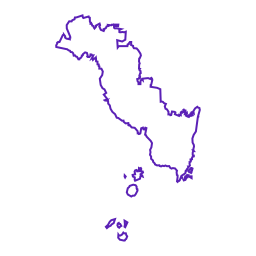 the district of Lampung Selatan, Lampung, Indonesia
{"feature_id": "22746128B4401734887211", "entity_name": "Lampung Selatan", "entity_type": "district", "adm_level": 2, "iso_a3": "IDN", "parent_name": "Indonesia", "parent_adm1": "Lampung", "projection": "robinson", "projection_center": [105.521, -5.67], "detail": "fine", "context": "isolated", "style": "outline", "palette": "violet", "viewbox_px": 256, "rotation_deg": 0, "n_neighbors": 0, "source": "geoboundaries", "source_scale": "gbopen_adm2", "svg_char_len": 5875}
<svg xmlns="http://www.w3.org/2000/svg" viewBox="0 0 256 256"><path d="M103.8,94.6L107.2,98.9L108.1,101.0L108.2,103.6L109.8,105.4L110.5,108.7L112.4,111.9L115.1,114.2L116.7,117.7L118.3,118.0L122.0,120.7L123.5,120.6L123.7,121.8L125.6,123.4L128.3,123.1L128.4,125.2L129.1,125.5L129.7,125.0L131.6,127.4L134.7,127.8L137.6,131.2L137.7,133.3L138.4,133.2L138.8,134.0L139.7,133.9L140.4,133.2L141.2,128.3L142.9,127.6L143.4,129.3L144.1,129.5L145.3,127.7L146.4,128.1L145.1,134.7L146.0,135.2L146.5,136.5L150.8,141.0L152.0,143.1L151.4,147.3L150.1,149.9L150.5,152.2L150.0,154.8L151.1,156.5L151.1,158.8L153.0,160.5L153.1,161.8L154.8,163.5L155.0,164.4L157.0,165.4L159.4,165.3L159.7,166.0L161.1,166.4L162.5,165.7L164.1,166.1L165.4,165.5L166.9,166.2L169.2,166.1L170.2,167.8L171.5,168.6L172.8,168.1L175.0,168.4L177.0,170.7L176.6,172.1L176.9,175.0L177.6,175.4L177.6,177.2L177.0,181.4L177.6,181.9L178.3,180.8L179.1,180.9L179.7,180.3L181.4,175.9L185.0,173.5L185.5,172.6L185.6,171.2L186.3,170.9L186.1,170.4L187.2,169.7L187.0,169.1L188.5,167.2L188.2,166.5L189.1,166.5L189.9,165.5L189.5,163.5L189.8,162.4L190.6,162.5L189.9,162.0L190.7,161.6L191.0,160.3L190.5,160.0L190.5,159.4L192.0,159.2L191.9,158.1L192.6,156.7L193.8,156.4L193.8,155.7L193.2,155.8L192.7,154.9L192.7,152.6L193.2,151.1L193.8,151.1L193.2,150.4L193.6,150.4L193.3,149.3L194.0,146.5L193.8,144.9L192.6,142.6L192.4,138.5L193.7,134.8L195.9,131.5L197.8,117.3L198.3,116.8L198.0,116.4L199.8,109.9L199.4,108.0L197.9,107.5L197.3,106.8L195.1,108.4L193.4,111.1L193.7,113.1L192.5,112.1L191.9,112.2L192.7,115.3L192.2,115.4L191.0,114.2L191.1,115.8L189.9,115.9L188.9,117.0L188.3,116.7L189.1,115.8L189.0,115.1L187.4,116.5L186.0,115.7L187.0,113.6L186.9,112.9L185.6,114.2L184.9,114.2L185.5,112.7L185.5,110.5L184.9,110.4L184.8,112.0L184.4,112.1L184.2,110.2L183.8,109.6L183.3,109.9L183.4,111.1L182.3,112.7L181.7,112.5L182.2,111.2L180.8,112.4L180.8,115.2L180.1,114.9L179.4,115.7L178.9,115.0L178.5,115.7L174.9,114.2L175.4,112.4L174.7,111.9L172.0,111.5L171.2,115.0L170.3,115.2L169.7,114.4L168.4,114.4L168.5,111.8L167.0,109.4L165.5,108.7L164.8,106.3L165.9,103.9L164.1,103.2L162.9,101.9L161.6,101.5L160.7,101.7L160.3,89.2L157.0,87.8L150.6,86.8L150.7,85.1L151.1,85.1L152.3,80.0L151.2,79.3L151.9,78.6L151.4,77.9L149.8,78.8L148.1,78.1L142.5,78.7L142.7,80.1L141.8,79.2L140.5,81.1L140.4,84.1L138.5,84.1L138.5,82.4L137.6,81.2L137.2,79.1L139.8,78.4L140.0,77.0L139.4,76.9L139.8,75.9L139.4,75.5L140.3,72.9L140.7,72.9L140.5,71.0L139.6,70.4L139.4,69.5L139.9,68.8L139.0,68.5L139.2,64.3L139.7,63.6L139.0,61.4L139.2,58.5L139.7,58.3L140.9,55.5L140.4,53.6L138.2,50.2L136.6,48.4L133.9,48.2L133.2,47.0L133.1,45.9L131.1,45.0L131.2,42.0L129.9,42.0L128.6,43.7L128.7,44.2L127.6,44.5L127.4,46.1L118.8,46.1L117.7,47.5L117.2,40.2L122.2,41.5L125.3,39.7L125.8,31.7L124.1,32.3L122.8,32.0L120.0,32.3L119.4,32.1L119.3,29.9L121.1,29.1L116.6,28.3L114.9,28.4L114.1,27.8L114.0,26.0L118.1,26.1L118.3,24.6L115.1,24.6L114.9,25.0L113.7,24.4L112.9,24.9L112.0,24.6L111.3,25.3L108.0,24.9L108.4,26.0L106.6,26.4L105.8,28.2L103.8,29.1L104.2,29.9L103.7,31.0L100.8,29.8L99.3,26.5L100.1,25.2L99.6,23.6L95.9,25.6L96.0,26.7L94.5,28.5L93.8,27.5L93.5,26.1L92.2,25.6L91.8,24.1L90.5,23.8L90.9,22.7L90.4,22.6L89.9,21.6L89.8,17.7L88.8,17.3L88.6,16.5L83.4,18.0L82.9,17.5L82.5,15.4L76.5,17.4L74.9,17.5L74.5,19.3L72.3,20.2L71.6,21.4L69.2,21.3L66.7,25.1L66.8,28.5L70.2,36.6L70.3,37.8L69.6,38.1L69.8,39.3L66.4,38.6L65.1,37.6L65.2,36.3L63.9,34.6L63.9,35.1L62.8,35.1L59.5,42.0L58.2,41.9L57.4,42.5L57.6,42.7L56.2,45.4L56.3,47.0L67.3,49.3L68.5,50.3L70.0,50.8L70.6,52.0L72.2,52.2L73.2,53.3L73.7,55.6L74.9,55.3L75.7,56.4L77.0,56.8L78.4,59.3L79.4,59.3L79.6,58.4L80.8,57.9L81.9,56.3L81.8,55.5L82.8,55.2L83.0,54.1L85.1,52.4L86.9,52.9L87.7,55.4L87.2,56.5L87.8,57.0L89.4,57.0L90.3,55.9L90.5,54.4L91.6,54.5L92.3,55.5L93.3,55.4L91.8,58.4L92.7,57.8L93.0,59.8L95.5,57.7L95.4,58.3L96.0,58.3L96.1,61.3L97.5,61.6L97.5,64.3L98.7,64.5L98.7,66.1L99.4,66.4L99.3,68.6L101.4,68.7L102.8,71.5L102.2,75.1L99.8,78.7L100.7,85.0L102.5,88.2L104.5,89.4L106.2,92.9L103.8,94.6ZM135.6,185.2L133.2,184.7L129.7,185.9L129.2,187.0L127.8,188.2L126.8,192.3L127.8,194.5L131.3,196.5L132.6,195.7L134.5,195.6L135.6,194.3L137.5,190.7L137.4,189.1L137.1,188.9L137.2,190.1L136.6,188.3L136.6,186.6L135.6,185.2ZM139.7,168.5L139.0,168.1L138.9,170.2L138.2,170.5L137.9,171.3L137.1,171.3L136.5,170.0L135.3,170.3L134.6,171.5L135.1,174.3L132.6,174.9L132.9,176.5L134.8,177.4L134.7,179.8L135.1,180.7L140.0,178.7L140.4,176.2L141.1,174.8L140.6,174.2L143.0,172.5L142.7,171.5L140.0,171.2L140.2,170.2L141.1,169.6L141.2,168.6L140.8,168.0L139.7,168.5ZM124.1,233.4L123.3,232.6L121.9,234.7L120.2,235.6L119.0,235.5L118.4,234.6L118.2,237.7L119.9,239.7L124.1,240.6L124.9,240.4L125.2,239.6L126.2,238.9L127.2,236.3L126.4,235.4L125.8,233.3L124.1,233.4ZM106.9,228.1L108.5,226.7L110.7,225.7L111.5,224.5L113.7,223.1L115.0,219.1L111.3,220.2L109.7,221.8L108.0,224.9L105.9,226.8L106.9,228.1ZM119.2,227.7L120.1,226.6L121.3,225.9L120.2,224.0L119.3,223.9L118.8,222.9L117.8,223.5L117.4,225.3L118.2,227.1L119.2,227.7ZM191.3,168.9L191.3,168.0L191.0,168.0L188.9,170.3L188.6,171.3L189.3,172.3L190.4,172.2L191.1,173.0L191.4,172.7L191.0,172.1L191.9,170.9L192.5,168.5L191.9,168.2L191.3,168.9ZM124.6,220.7L124.9,224.5L124.5,226.7L125.2,227.2L127.4,222.4L124.6,220.7ZM187.6,176.3L186.9,175.3L186.5,176.0L185.3,176.3L184.3,179.2L183.5,179.7L183.8,180.4L185.4,179.9L186.5,177.6L187.4,177.4L187.6,176.3ZM191.6,176.3L189.8,176.3L189.1,176.6L191.6,178.1L191.6,176.3ZM125.1,177.5L125.7,176.5L124.7,175.4L124.6,176.6L125.1,177.5ZM188.2,176.3L188.5,175.2L187.8,175.1L187.7,176.1L188.2,176.3ZM142.6,176.5L142.3,175.6L142.0,175.3L141.9,176.2L142.6,176.5ZM182.0,177.9L182.1,177.4L181.6,176.9L181.4,177.4L182.0,177.9ZM106.5,100.1L105.9,99.8L105.7,99.9L106.5,100.1ZM106.8,100.7L107.1,100.3L106.4,100.6L106.8,100.7ZM105.5,100.2L105.1,100.1L104.8,100.2L105.1,100.5L105.5,100.2Z" fill="none" stroke="#5b21b6" stroke-width="2"/></svg>